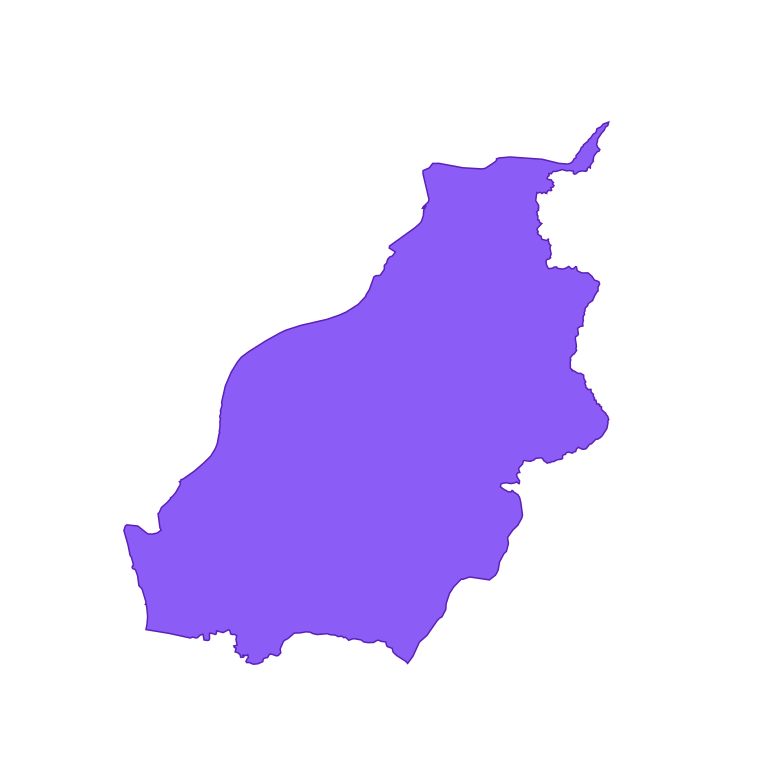 Sambas, Kalimantan Barat, Indonesia, rotated 11°
{"feature_id": "22746128B87993072617697", "entity_name": "Sambas", "entity_type": "district", "adm_level": 2, "iso_a3": "IDN", "parent_name": "Indonesia", "parent_adm1": "Kalimantan Barat", "projection": "orthographic", "projection_center": [109.291, 1.523], "detail": "fine", "context": "isolated", "style": "filled", "palette": "violet", "viewbox_px": 768, "rotation_deg": 11, "n_neighbors": 0, "source": "geoboundaries", "source_scale": "gbopen_adm2", "svg_char_len": 6160}
<svg xmlns="http://www.w3.org/2000/svg" viewBox="0 0 768 768"><g transform="rotate(11 384 384)"><path d="M611.4,376.0L609.5,372.7L607.6,371.5L607.5,370.6L602.4,367.6L601.8,364.8L600.1,364.6L599.7,363.2L599.0,363.3L598.7,362.6L596.6,362.9L595.1,359.4L593.4,359.5L593.4,357.7L591.8,356.1L591.5,354.1L588.9,352.5L588.2,349.8L585.0,350.5L584.1,349.4L582.7,348.8L582.4,347.0L580.8,345.0L581.7,343.6L579.1,340.4L578.3,337.2L575.1,336.0L572.4,336.5L568.0,334.9L566.1,334.9L566.1,334.1L564.0,333.1L562.5,326.4L562.8,324.8L561.8,322.8L564.0,318.8L564.9,318.3L566.7,314.2L565.7,312.9L565.7,310.2L563.1,302.8L563.1,300.8L564.7,299.6L565.3,297.9L563.4,292.4L565.8,290.0L568.2,289.1L567.4,286.3L567.6,283.4L566.9,282.1L566.7,279.0L567.6,277.6L566.8,275.4L567.3,274.2L567.1,270.9L568.9,268.5L569.2,266.0L572.8,262.4L574.0,257.1L575.6,252.7L576.4,252.0L575.6,248.2L576.6,244.6L575.3,242.5L570.7,241.8L567.6,238.6L563.1,236.0L557.2,237.2L553.1,236.3L551.8,235.4L550.6,232.3L549.7,232.2L548.0,234.5L546.8,235.0L545.7,235.0L543.0,233.3L540.1,235.8L537.4,237.1L532.0,237.3L531.0,236.1L528.3,237.0L527.5,238.1L523.4,239.4L520.7,235.9L519.6,232.3L520.4,230.5L522.1,229.9L523.5,228.3L522.8,227.5L523.3,224.6L520.9,218.6L521.3,216.0L519.7,215.3L517.7,211.5L518.0,209.9L516.3,212.1L511.2,211.8L510.0,209.0L506.6,207.7L506.4,206.8L505.7,206.3L506.4,205.2L504.7,203.3L505.1,201.3L508.3,196.3L506.2,195.9L504.8,193.4L503.6,193.5L503.0,189.6L502.1,189.0L501.8,187.1L500.9,185.9L502.6,183.8L501.9,182.4L502.4,181.6L501.8,180.9L501.8,179.3L497.9,175.0L497.5,166.8L498.5,167.1L501.1,166.0L502.7,166.9L504.1,165.5L505.2,165.2L506.0,165.9L507.2,165.9L506.8,165.1L507.7,164.3L507.8,163.3L508.9,162.4L511.0,162.4L511.6,161.7L510.3,159.5L512.5,158.2L513.0,156.8L511.2,155.4L511.9,153.8L510.2,153.0L509.6,151.8L508.1,151.6L507.1,152.1L504.8,151.1L505.2,149.1L506.4,148.0L505.6,145.9L508.1,145.7L509.4,143.1L512.6,142.4L518.1,139.5L522.6,139.9L525.7,139.0L529.4,139.0L529.7,141.1L531.0,141.7L532.4,141.0L534.4,138.5L538.0,137.0L541.7,136.7L541.8,135.8L542.5,135.7L542.5,133.9L543.5,131.9L545.3,132.6L544.9,129.5L547.1,125.2L546.5,124.4L546.6,120.0L549.0,115.3L550.6,114.5L551.2,112.7L548.4,110.7L546.9,108.0L547.3,105.2L546.9,103.0L549.8,96.1L551.7,92.9L552.5,89.4L554.4,87.6L554.6,84.0L549.6,87.0L547.8,90.2L544.4,92.7L543.9,97.0L541.8,98.7L539.8,103.2L538.1,105.2L538.0,106.5L534.1,111.2L534.2,112.7L532.6,114.0L531.9,117.9L528.9,123.1L529.4,125.1L527.6,126.8L526.8,129.4L525.5,131.2L522.6,133.0L513.9,134.0L496.3,133.2L464.4,137.1L453.9,140.1L451.4,141.5L451.8,142.6L451.0,144.3L448.7,146.7L442.2,153.0L438.9,154.2L420.2,156.7L395.9,156.9L389.7,158.2L387.3,163.1L381.6,167.1L382.2,170.3L393.0,194.3L392.7,196.9L388.7,202.6L388.2,204.2L390.0,203.6L389.5,204.3L390.0,204.0L389.9,201.7L390.6,200.8L391.2,201.5L389.8,205.6L390.5,211.3L389.7,217.2L388.5,219.6L384.1,225.2L363.1,247.5L363.2,249.6L370.0,252.2L367.8,256.7L365.4,258.2L363.8,260.8L363.5,264.7L361.7,267.5L362.4,271.5L359.9,277.2L359.2,278.2L355.5,279.2L353.7,280.7L351.6,294.2L349.3,300.2L349.5,301.2L343.5,310.8L333.0,320.7L326.8,325.0L315.5,331.5L291.4,342.2L277.7,349.7L272.3,353.6L259.6,364.3L245.1,378.0L238.9,384.8L235.9,390.4L231.7,401.7L228.6,416.3L228.1,433.1L229.1,435.5L228.5,441.7L229.3,443.3L229.0,447.1L229.5,448.7L230.2,449.0L230.0,451.8L231.1,457.0L231.4,462.4L232.1,463.2L231.6,464.0L231.7,474.4L230.8,479.4L227.8,487.6L222.3,495.7L214.2,506.0L204.6,515.9L203.0,516.5L203.2,517.8L201.8,518.9L203.0,520.0L203.1,521.7L200.2,530.4L197.7,534.9L196.1,536.5L196.2,537.6L194.0,541.3L189.1,547.7L187.8,553.3L186.9,554.3L191.5,568.0L193.1,569.9L189.7,573.6L185.0,575.6L180.6,576.2L169.5,570.4L158.5,571.3L157.2,572.7L156.6,577.4L163.5,591.0L167.5,600.8L169.0,602.2L171.9,607.9L172.5,609.9L171.7,610.9L171.9,612.4L172.9,613.3L174.8,613.4L175.7,614.1L178.8,619.5L181.8,628.6L185.6,631.4L191.5,642.6L192.1,644.4L191.8,645.9L192.6,645.9L193.7,648.3L196.3,657.2L197.2,664.9L197.2,670.5L220.5,669.8L242.3,670.3L244.5,668.9L247.4,669.2L249.3,668.7L251.3,665.7L254.1,664.2L256.2,669.6L259.9,669.4L261.0,668.8L261.4,667.7L260.3,662.1L261.2,661.6L266.6,662.0L267.0,660.7L266.7,658.3L273.5,658.7L278.5,654.8L280.0,656.0L281.2,658.6L282.8,658.9L285.3,658.3L287.5,659.2L287.4,663.0L289.6,668.4L286.5,669.8L287.4,671.1L289.2,671.6L289.0,675.4L291.8,675.7L294.4,677.1L295.3,679.4L295.9,679.7L298.4,678.8L298.5,678.2L297.2,677.5L297.6,676.9L300.6,676.9L301.9,675.8L303.1,678.4L302.3,679.5L301.4,682.7L302.6,683.7L304.7,683.1L309.2,684.0L313.6,682.7L318.0,679.7L318.0,677.4L318.8,676.0L321.9,674.7L323.1,671.3L325.0,670.6L330.2,671.4L332.0,670.7L334.0,667.6L332.6,663.9L334.4,655.9L335.3,654.6L338.3,652.2L343.4,645.7L349.8,644.1L354.6,642.2L358.6,641.7L362.0,642.6L366.2,642.7L376.1,639.9L378.8,640.4L384.3,639.8L387.0,640.7L391.1,639.6L392.7,640.7L394.6,640.0L398.3,642.3L402.0,640.1L403.8,639.7L410.7,639.6L412.9,641.0L417.4,641.0L423.2,639.7L425.7,637.3L427.5,636.5L430.2,637.2L434.8,636.9L436.6,640.5L437.7,641.2L442.4,641.9L444.1,645.4L446.2,646.9L448.6,648.3L457.9,651.9L460.5,653.8L464.3,645.9L468.0,630.6L474.1,622.7L481.1,606.7L482.9,603.7L485.4,601.3L487.7,593.4L486.9,588.0L488.2,577.3L491.2,569.8L497.1,560.7L498.7,560.7L504.9,557.1L524.8,556.2L529.8,550.5L530.7,548.2L531.6,544.5L531.4,536.6L534.1,527.7L536.1,524.9L536.6,517.0L534.6,511.1L538.3,502.8L542.3,497.2L544.8,489.5L545.0,486.4L540.8,473.9L538.8,469.6L536.7,467.2L531.4,465.0L530.7,464.1L529.9,464.2L529.2,465.7L526.5,466.1L520.9,464.2L517.8,462.6L518.0,459.8L519.8,458.6L523.1,457.6L527.5,457.6L531.2,456.1L532.8,454.7L535.0,456.0L535.8,455.9L535.6,453.3L532.1,449.5L531.5,447.3L532.0,445.8L534.2,445.0L532.6,442.3L532.5,440.5L535.3,436.2L535.4,433.2L536.0,432.4L542.4,432.0L545.5,430.1L547.1,428.1L551.9,426.5L553.8,426.8L555.2,428.6L559.4,430.6L560.0,429.9L562.1,429.5L563.4,428.2L565.4,427.8L568.5,425.3L572.7,423.8L573.5,423.0L573.0,420.3L573.7,419.3L575.5,418.5L576.1,416.5L578.3,415.7L582.2,415.9L583.6,414.2L585.0,413.8L585.3,411.3L586.7,409.1L591.1,410.2L594.0,409.4L595.0,408.6L597.3,403.9L599.1,403.1L602.5,397.8L604.3,397.4L606.8,395.1L608.1,393.1L611.3,385.2L611.3,379.3L610.8,378.1L611.4,376.0Z" fill="#8b5cf6" stroke="#5b21b6" stroke-width="1.5"/></g></svg>